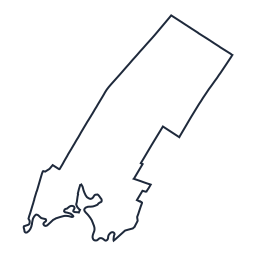 outline of Alexeni, Ialomita, Romania
{"feature_id": "2599482B94513339956847", "entity_name": "Alexeni", "entity_type": "district", "adm_level": 2, "iso_a3": "ROU", "parent_name": "Romania", "parent_adm1": "Ialomita", "projection": "equal_earth", "projection_center": [26.708, 44.701], "detail": "fine", "context": "isolated", "style": "outline", "palette": "slate", "viewbox_px": 256, "rotation_deg": 0, "n_neighbors": 0, "source": "geoboundaries", "source_scale": "gbopen_adm2", "svg_char_len": 5478}
<svg xmlns="http://www.w3.org/2000/svg" viewBox="0 0 256 256"><path d="M113.7,240.6L115.1,239.5L125.0,230.6L125.6,230.4L128.8,229.5L132.6,228.5L133.0,228.3L133.3,228.0L133.7,227.6L134.4,227.0L134.8,226.6L134.8,226.4L134.9,226.1L136.8,222.5L137.2,221.7L137.6,220.9L137.6,220.6L137.6,220.4L137.4,218.8L137.3,218.4L137.2,217.6L137.2,217.2L137.2,216.8L138.2,214.2L139.0,211.7L140.9,206.0L141.3,205.0L141.5,204.5L141.5,204.4L141.6,204.0L141.9,203.4L142.0,202.8L142.0,202.6L141.9,202.5L141.3,202.0L140.9,201.8L140.1,201.3L139.9,201.6L136.9,200.1L142.0,191.6L142.5,190.8L145.8,191.7L146.5,191.5L146.6,191.2L147.6,189.7L148.8,187.9L150.7,184.6L146.7,183.3L143.0,182.0L141.7,181.5L140.3,181.0L133.8,178.8L134.0,178.6L142.6,164.1L140.8,163.2L143.7,158.4L146.6,153.5L151.7,144.9L162.9,126.5L179.3,137.2L179.8,136.2L182.8,131.1L186.4,125.0L188.5,121.4L191.1,117.0L199.0,104.1L201.2,100.8L202.8,98.2L203.6,97.0L205.7,93.9L208.9,89.1L210.1,87.5L211.5,85.6L213.0,83.5L214.7,81.1L217.0,78.0L219.1,74.8L219.7,74.0L219.9,73.8L225.8,65.0L231.7,56.1L231.8,55.6L232.3,55.0L232.1,54.9L230.9,54.0L230.8,53.9L219.8,47.0L219.5,46.7L213.9,43.1L208.3,39.4L198.3,33.1L198.2,32.9L191.7,28.7L185.4,24.6L178.2,19.9L171.2,15.4L169.0,18.1L168.9,18.2L154.6,35.2L151.5,38.7L147.0,43.7L143.3,47.9L140.2,51.3L137.1,54.9L132.5,60.0L129.0,64.1L126.4,67.0L119.6,74.8L115.3,79.6L111.0,84.4L108.7,87.1L107.7,88.4L107.0,89.3L106.3,90.3L104.8,92.7L104.4,93.5L103.1,95.7L102.1,97.4L100.4,100.2L97.7,104.7L96.5,106.8L94.8,109.5L93.8,111.3L93.3,112.1L92.7,113.1L92.6,113.4L91.9,114.4L91.2,115.6L88.3,120.3L87.2,122.0L86.4,123.4L85.9,124.2L85.5,124.9L84.0,127.4L83.8,127.7L83.6,128.1L83.4,128.4L83.3,128.6L81.5,131.6L80.4,133.5L80.1,134.1L77.8,138.1L77.7,138.2L77.5,138.5L76.4,140.3L75.3,142.2L74.1,144.3L73.4,145.4L72.6,146.8L71.8,148.1L71.5,148.7L70.8,149.8L70.2,150.8L69.7,151.6L69.3,152.3L68.2,154.1L67.2,156.0L66.2,157.7L64.5,160.6L62.6,164.1L60.1,168.3L59.8,168.9L59.5,169.1L59.2,169.2L58.8,169.0L52.7,165.1L49.5,168.9L45.2,171.6L44.4,171.4L43.8,171.3L43.2,171.1L42.6,171.9L41.9,173.8L41.0,176.8L40.0,180.2L38.8,184.4L36.9,190.9L36.5,191.7L36.0,193.4L34.3,199.0L34.3,199.5L33.7,201.4L33.1,203.6L32.6,205.1L31.5,208.8L30.1,213.4L29.1,216.4L28.5,218.7L28.8,219.3L29.1,219.8L29.4,220.3L29.6,220.9L29.7,221.6L29.6,222.8L29.5,223.5L29.2,224.0L28.9,224.3L28.4,224.7L27.7,225.0L26.8,225.3L25.3,225.8L24.5,226.1L23.9,226.3L23.7,227.1L23.8,228.0L24.0,228.8L24.3,229.8L24.4,230.5L24.5,231.3L24.7,231.8L25.1,232.2L25.5,232.5L26.0,232.6L26.7,232.5L27.2,232.3L27.8,231.8L28.3,231.4L29.1,230.7L29.6,230.0L30.0,229.4L30.2,229.0L30.4,228.8L30.7,228.1L31.1,227.2L31.3,226.5L31.4,226.3L31.5,226.1L31.5,225.9L31.5,225.6L31.7,225.1L31.9,224.4L32.0,223.8L32.0,223.3L32.1,222.7L32.3,221.7L32.7,219.8L32.9,218.9L33.3,218.0L34.0,216.8L34.3,216.4L34.7,215.8L35.4,215.1L35.9,214.7L36.4,214.6L36.9,214.7L37.9,215.1L38.1,215.2L38.9,215.9L39.6,216.6L39.9,216.9L40.3,217.2L41.0,217.9L41.7,218.2L42.9,218.5L44.2,218.8L45.1,219.0L45.7,219.2L45.9,219.6L46.1,220.2L46.1,220.7L45.7,221.3L45.1,221.8L44.4,222.3L43.8,223.0L43.5,223.5L43.4,224.0L43.5,224.4L43.8,224.9L44.2,225.4L44.8,225.7L45.3,225.9L46.1,225.8L47.0,225.5L47.6,225.0L48.3,224.4L49.0,223.7L49.7,223.1L50.7,222.2L51.6,221.3L52.4,220.6L53.1,219.9L54.3,219.3L55.2,218.8L55.6,218.5L56.4,218.2L59.5,217.2L61.6,216.6L63.5,216.1L64.6,215.9L65.6,215.9L66.7,215.9L67.7,216.0L68.6,216.1L69.7,216.4L71.9,217.0L72.4,216.9L73.0,216.7L73.3,216.3L73.2,216.0L72.8,215.5L72.1,214.8L71.3,214.2L70.7,213.7L70.1,213.5L69.8,213.4L68.9,213.1L67.0,212.6L66.4,212.5L65.2,212.3L64.8,212.0L64.5,211.8L64.3,211.5L64.1,211.3L64.1,211.0L64.2,210.6L64.3,210.3L64.5,209.9L64.7,209.5L64.9,209.4L65.1,209.2L65.5,209.0L65.8,208.9L66.1,208.8L66.6,208.7L66.8,208.7L67.0,208.6L67.3,208.4L67.6,208.1L68.6,207.3L68.8,207.1L69.5,206.6L70.1,206.3L70.8,206.0L71.6,205.9L72.3,205.9L73.0,206.1L73.7,206.4L74.1,206.8L74.5,207.6L74.5,208.3L74.2,208.9L73.9,209.5L73.4,210.3L73.3,211.3L74.1,211.9L75.0,212.1L76.6,212.2L78.3,212.3L78.8,212.5L80.0,209.8L79.6,209.6L78.9,208.9L77.7,207.6L77.3,207.0L77.0,206.5L76.6,205.5L76.2,204.2L76.6,202.9L76.9,201.5L77.6,196.4L78.1,194.3L77.8,193.8L78.9,189.2L80.2,185.0L80.6,185.0L81.3,184.5L82.5,186.5L82.9,187.8L83.5,190.2L84.3,192.4L84.9,193.7L85.6,195.2L86.9,197.1L88.4,198.1L89.4,198.6L90.5,198.9L91.3,198.7L92.3,198.2L93.2,197.3L93.6,196.5L94.4,195.4L95.0,194.9L95.6,194.7L96.7,194.6L97.5,194.5L98.1,194.9L98.8,195.6L99.1,196.0L99.5,196.5L100.0,197.2L100.5,198.0L101.0,198.5L101.5,199.3L101.6,199.9L101.7,200.5L101.6,201.2L101.4,201.7L100.7,202.2L99.5,202.7L98.3,203.6L97.6,204.6L96.7,205.1L95.9,205.4L94.7,205.9L94.0,206.1L93.1,206.4L92.4,206.5L91.4,206.6L90.3,206.7L88.9,206.7L87.7,206.8L86.5,207.3L85.7,207.6L84.7,208.6L84.3,209.4L84.3,210.0L84.5,210.8L85.3,212.0L86.0,212.8L87.0,213.8L88.0,214.9L89.2,216.4L90.5,218.2L91.1,219.2L91.7,220.1L92.1,221.1L92.5,222.1L93.0,223.3L93.3,224.2L93.9,225.6L94.4,227.5L94.5,228.5L94.5,229.6L94.3,230.9L93.9,232.0L93.3,233.6L92.8,235.2L92.6,236.3L92.6,236.9L92.6,237.7L93.0,238.8L93.4,239.5L93.8,239.9L94.4,240.3L95.8,240.5L96.5,240.4L97.2,240.2L98.2,239.4L98.8,238.8L99.8,238.2L101.0,238.1L102.2,238.4L102.9,238.8L103.7,239.4L104.7,240.2L105.4,240.6L106.3,240.5L107.3,239.8L107.8,239.0L108.1,238.0L108.1,237.1L108.4,235.7L109.0,234.5L109.6,233.9L110.2,233.2L110.8,232.7L111.2,232.5L112.0,232.2L112.9,232.2L113.7,232.6L114.3,233.2L114.6,234.2L114.1,235.4L113.8,236.8L113.6,238.6L113.5,239.9L113.7,240.6Z" fill="none" stroke="#1e293b" stroke-width="2"/></svg>